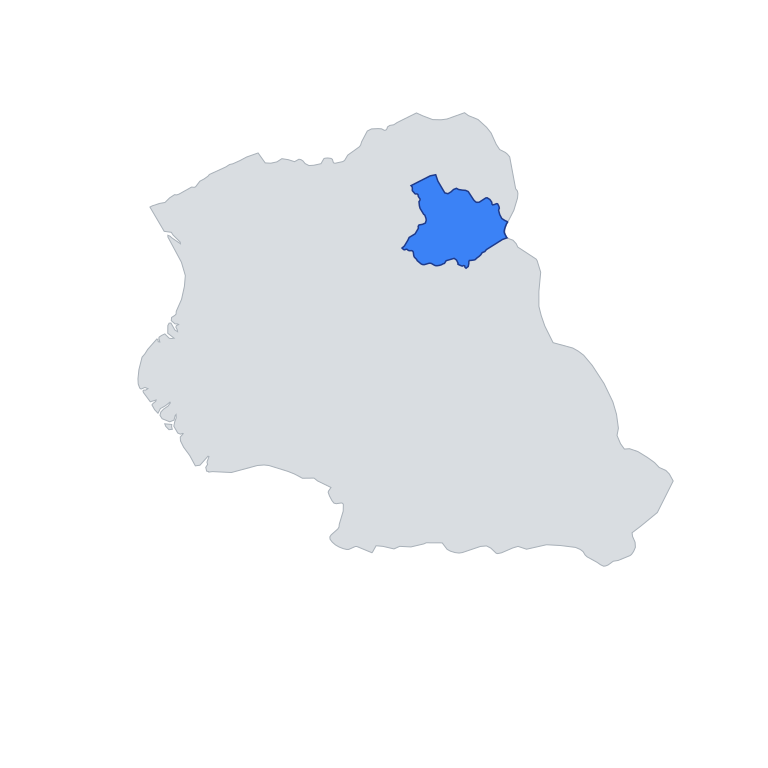 Nigeria, with Zamfara highlighted, rotated 62°
{"feature_id": "NGA-2872", "entity_name": "Zamfara", "entity_type": "State", "adm_level": 1, "iso_a3": "NGA", "parent_name": "Nigeria", "parent_adm1": "", "projection": "mercator", "projection_center": [6.327, 12.019], "detail": "fine", "context": "in_parent", "style": "filled", "palette": "blue", "viewbox_px": 768, "rotation_deg": 62, "n_neighbors": 0, "source": "natural_earth", "source_scale": "10m", "svg_char_len": 5561}
<svg xmlns="http://www.w3.org/2000/svg" viewBox="0 0 768 768"><g transform="rotate(62 384 384)"><path d="M605.4,174.2L625.8,203.0L630.1,224.3L631.8,234.8L635.2,236.1L641.6,236.6L646.2,238.7L649.0,242.2L650.7,245.5L651.0,247.4L649.7,260.2L648.1,264.8L649.0,271.1L648.7,273.7L648.0,275.6L645.2,277.7L641.3,279.7L632.0,285.8L629.4,286.7L625.5,286.9L622.2,288.4L618.2,291.6L609.6,303.8L602.2,316.0L596.8,335.7L590.3,341.9L589.2,347.3L588.2,359.6L587.1,363.3L586.1,364.4L579.1,366.7L575.1,369.5L572.7,375.1L569.6,394.0L568.5,397.1L566.2,400.4L562.7,403.9L559.6,405.9L551.6,407.2L544.0,421.3L543.9,423.8L540.5,436.7L534.7,446.4L534.3,452.6L526.9,461.1L523.1,466.9L527.0,473.0L527.3,473.9L514.8,484.2L514.0,485.7L513.5,492.8L512.5,494.7L510.2,497.3L506.8,500.2L503.3,502.4L499.4,503.9L495.7,504.5L493.6,503.6L492.4,501.5L490.3,492.8L489.2,490.9L486.8,489.3L477.1,479.7L471.2,476.4L469.9,476.6L469.0,477.5L467.3,482.3L465.7,484.1L462.6,484.7L457.2,484.7L453.3,484.1L452.4,483.1L450.5,479.4L438.5,488.1L434.2,490.0L428.9,500.3L421.3,505.4L416.1,509.8L402.0,523.8L399.2,527.9L396.5,534.1L390.5,560.3L380.8,576.6L379.5,580.1L379.0,580.0L377.7,581.5L373.9,580.5L372.2,577.5L369.9,577.0L365.9,572.6L365.1,573.3L369.3,584.6L367.7,589.0L355.9,589.1L345.7,590.6L338.7,590.4L335.2,588.8L333.6,584.6L333.0,585.1L332.7,587.3L330.5,589.1L322.6,589.4L319.2,586.6L316.3,583.3L313.3,581.9L313.8,583.2L317.3,586.4L316.8,590.9L310.5,596.2L306.5,596.5L304.0,594.2L302.7,590.5L302.1,585.1L300.4,581.5L299.5,581.5L300.6,587.4L300.7,593.0L303.7,597.3L299.0,598.6L293.5,598.7L292.8,597.2L292.1,593.6L291.1,592.7L290.0,598.7L278.6,600.4L277.0,600.1L276.6,599.0L277.5,597.3L277.3,594.6L274.8,596.7L274.4,600.9L272.9,601.6L268.6,601.0L263.9,598.8L256.2,593.6L246.7,585.0L245.2,581.1L242.5,576.4L237.6,563.4L238.5,562.8L240.7,563.5L241.7,562.2L237.8,561.3L237.0,560.4L236.7,557.5L236.9,554.0L242.9,552.1L244.2,550.0L245.0,547.8L237.7,551.1L230.9,547.4L229.4,545.2L230.1,543.5L238.1,543.3L240.9,541.7L239.2,541.1L236.1,541.1L235.0,540.0L235.1,537.4L234.1,538.0L232.8,540.3L228.2,542.1L225.5,540.3L225.2,536.4L224.6,534.7L222.3,533.3L214.2,523.0L204.1,514.4L195.0,508.5L181.4,505.7L152.8,505.8L151.2,505.0L152.9,503.6L155.4,502.7L164.6,497.9L163.1,497.3L153.5,500.3L150.2,500.6L146.0,506.4L117.9,507.6L117.9,505.0L119.2,497.4L120.9,492.2L119.0,485.8L118.5,480.1L119.7,478.3L120.1,476.1L119.8,461.4L121.3,459.2L121.4,457.7L118.5,451.4L118.5,446.6L117.9,441.9L117.0,439.8L118.1,421.7L117.7,417.3L118.6,414.1L119.1,406.3L119.1,398.7L120.9,386.7L133.0,385.1L135.9,380.3L137.6,374.3L137.1,368.4L141.0,363.2L145.7,358.6L145.6,353.6L146.9,352.0L149.1,350.8L152.3,350.2L155.9,347.7L157.9,343.3L159.9,336.2L156.8,331.3L156.9,330.2L158.0,327.6L159.9,324.9L161.4,324.1L164.9,324.8L166.1,323.7L168.3,315.9L168.1,313.8L164.9,308.6L163.0,294.4L162.1,292.5L159.6,290.0L152.8,280.0L152.9,275.3L155.8,269.2L157.6,266.3L160.2,264.6L160.7,263.2L160.0,261.5L158.7,260.3L158.4,257.5L159.7,253.7L159.3,249.6L159.9,228.1L165.4,223.9L173.4,216.9L177.5,209.6L179.6,204.0L182.3,185.5L186.6,183.5L194.6,176.8L205.5,172.9L212.6,171.6L225.0,172.4L231.3,171.8L236.6,168.1L239.1,167.1L242.5,166.4L273.4,176.1L276.2,175.6L278.6,176.3L282.5,178.8L291.6,187.8L301.2,201.6L304.1,204.6L307.1,206.2L310.1,206.8L312.4,206.6L314.7,205.2L317.6,202.6L322.2,201.4L325.9,201.6L345.2,191.0L347.1,190.9L358.9,193.2L375.0,203.8L388.2,210.8L397.5,213.1L408.4,214.8L426.9,215.3L440.9,200.4L446.1,197.1L452.3,194.2L465.4,191.4L487.0,189.5L507.2,190.3L519.8,192.9L533.1,197.8L538.8,202.4L547.8,203.2L554.3,202.3L556.4,197.6L562.8,191.6L572.5,185.9L580.4,182.0L586.9,180.2L592.7,175.7L597.4,174.3L605.4,174.2ZM323.4,595.3L319.0,596.6L316.2,596.3L320.1,590.4L322.0,591.6L324.6,592.2L323.4,595.3Z" fill="#d9dde1" stroke="#a8b0b8" stroke-width="1"/><path d="M298.9,198.5L300.0,200.6L302.7,203.7L304.3,205.2L305.7,206.3L307.1,206.8L308.6,206.9L311.9,206.9L312.7,206.8L312.0,211.6L313.4,230.5L314.4,232.8L314.1,235.6L315.4,238.0L316.0,240.3L316.3,242.6L316.7,244.0L317.0,245.3L316.7,246.5L315.7,249.2L315.0,250.6L315.8,251.7L317.4,252.5L319.8,254.5L320.3,257.2L319.0,257.7L317.6,257.3L316.8,258.1L316.6,259.6L315.5,260.6L313.6,262.1L312.9,262.5L312.6,262.4L312.2,261.9L308.6,261.8L306.0,263.1L304.3,271.2L305.9,274.0L305.6,275.6L305.7,277.2L305.3,279.3L304.6,281.3L303.9,282.7L303.0,283.6L299.8,285.6L298.9,286.7L298.4,288.1L297.6,292.2L297.1,293.2L296.6,293.9L295.9,294.5L295.1,295.0L291.3,296.5L290.9,296.7L290.6,296.8L289.8,296.7L289.3,296.7L286.4,297.6L285.4,297.6L284.4,297.4L281.5,296.3L280.5,296.2L279.6,296.6L279.1,297.2L278.3,298.9L277.7,299.6L277.3,299.9L276.2,300.3L275.7,300.6L275.4,301.2L275.3,301.8L275.3,302.4L275.1,303.0L274.5,303.6L272.4,304.3L271.7,301.2L268.3,295.5L266.4,293.0L266.0,286.0L262.6,280.5L260.8,279.8L260.0,278.4L261.1,275.0L261.3,271.9L259.2,269.8L257.5,269.2L254.2,268.7L253.5,268.9L252.8,269.3L245.9,269.7L243.3,269.1L239.4,267.5L238.8,266.2L237.7,265.3L235.2,265.6L234.1,265.6L233.1,265.1L232.2,265.2L231.4,266.0L231.0,267.0L230.2,267.5L229.2,267.6L226.8,268.2L225.9,268.0L225.2,267.4L223.3,266.6L221.5,267.0L221.9,245.5L223.5,240.1L230.1,241.2L243.8,240.6L246.0,238.2L245.8,234.6L244.9,231.3L245.2,228.2L247.3,226.8L249.6,223.8L251.3,221.1L253.6,219.3L263.6,218.4L265.3,217.9L266.9,217.2L268.2,214.7L267.5,206.8L268.0,205.5L270.8,203.9L274.0,203.5L275.8,204.2L276.9,203.9L277.4,202.0L277.5,200.8L277.7,199.7L278.3,199.1L280.4,199.1L281.4,199.2L282.2,199.4L283.0,199.7L283.7,200.6L284.5,201.3L288.8,202.3L293.2,202.3L296.7,200.3L298.9,198.6L298.9,198.5Z" fill="#3b82f6" stroke="#1e3a8a" stroke-width="1.5"/></g></svg>